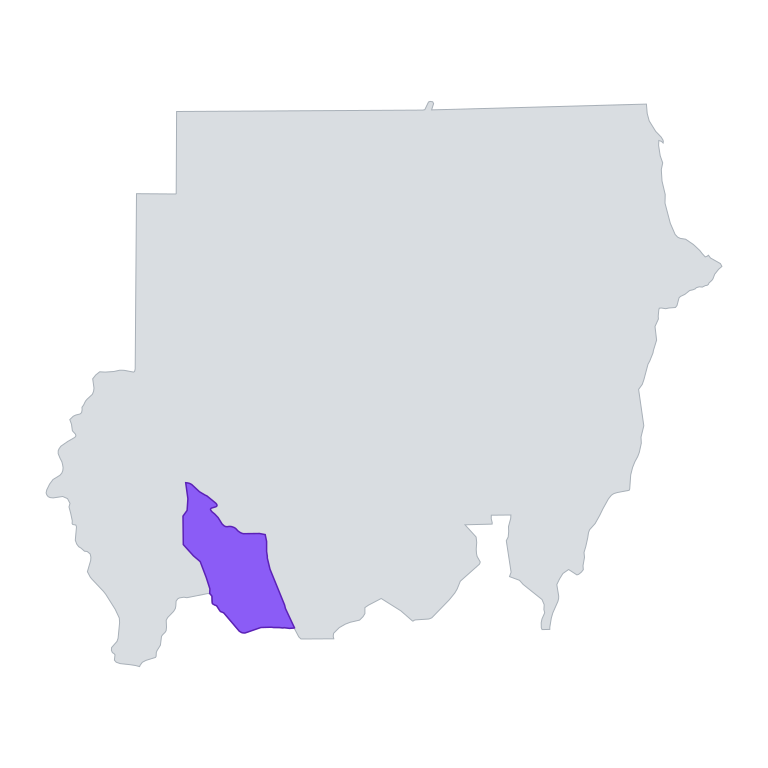 location of Eastern Darfur within Sudan
{"feature_id": "SDN-5857", "entity_name": "Eastern Darfur", "entity_type": "State", "adm_level": 1, "iso_a3": "SDN", "parent_name": "Sudan", "parent_adm1": "", "projection": "albers", "projection_center": [26.343, 11.27], "detail": "fine", "context": "in_parent", "style": "filled", "palette": "violet", "viewbox_px": 768, "rotation_deg": 0, "n_neighbors": 0, "source": "natural_earth", "source_scale": "10m", "svg_char_len": 4871}
<svg xmlns="http://www.w3.org/2000/svg" viewBox="0 0 768 768"><path d="M549.8,629.4L542.1,629.6L541.3,627.8L541.2,622.7L542.0,618.9L544.7,612.8L543.9,609.5L544.2,604.7L542.0,599.5L523.2,584.5L519.5,580.3L509.5,576.6L511.1,572.2L506.3,540.7L508.2,537.0L508.7,531.5L508.5,526.6L510.7,518.4L510.9,515.0L491.3,515.2L491.2,518.7L492.2,522.6L492.1,524.1L465.0,524.8L476.1,537.0L476.7,542.4L476.2,549.2L476.5,553.6L477.1,556.4L480.2,561.9L480.0,562.9L479.4,564.2L460.3,581.2L457.2,588.9L454.8,593.0L449.2,599.9L431.8,617.8L428.9,619.0L415.4,619.9L414.1,620.3L413.1,621.1L412.5,621.0L400.8,610.8L381.2,598.5L368.4,605.2L364.9,607.6L364.9,613.6L363.0,616.7L359.6,620.1L350.1,622.3L345.2,624.2L339.3,627.6L333.6,633.3L333.2,636.2L333.8,638.8L301.0,639.0L298.8,636.9L293.9,627.6L290.6,628.2L260.7,627.2L256.4,628.2L247.8,632.0L243.5,632.7L239.1,630.9L223.3,612.5L219.9,610.3L216.4,605.9L213.0,604.0L211.9,602.6L211.5,600.6L211.6,596.6L210.5,594.1L208.0,593.5L186.9,597.7L183.9,597.2L179.5,597.9L177.9,598.7L176.1,601.1L175.8,606.1L175.3,608.6L173.6,611.4L167.6,617.6L166.2,620.3L166.5,627.2L166.1,630.7L165.1,632.3L162.5,634.9L161.5,636.4L160.4,645.2L157.1,650.5L156.3,652.4L156.1,656.3L155.5,657.4L145.9,660.4L142.3,662.3L140.1,665.3L139.6,666.6L135.5,665.5L130.2,664.7L120.2,663.6L116.2,662.2L114.4,660.1L115.0,654.8L114.0,653.6L112.4,652.6L111.4,650.3L111.6,647.5L117.0,641.4L118.1,638.2L119.6,622.7L119.3,618.0L115.2,609.3L105.7,594.2L103.4,591.3L91.6,578.8L90.2,577.0L87.4,571.7L90.7,560.4L90.9,557.2L90.2,554.0L87.2,551.5L84.5,551.2L81.0,548.1L78.7,546.7L76.7,544.0L75.3,540.2L76.5,526.8L75.8,525.0L72.8,524.5L72.1,523.5L72.3,520.9L70.7,513.3L69.0,506.9L70.0,503.4L67.5,498.6L62.7,496.5L53.2,497.9L50.2,497.6L48.2,496.7L46.8,494.9L46.1,492.9L46.8,489.8L49.6,484.1L53.0,479.5L59.9,475.3L61.8,473.1L62.8,470.6L63.1,467.7L62.6,464.6L61.9,461.8L60.0,458.1L58.2,453.7L58.2,450.8L59.1,448.7L60.9,446.2L67.8,441.4L74.8,437.4L75.9,435.9L75.5,434.2L72.4,430.8L71.5,424.2L69.8,419.6L73.3,416.2L75.9,415.0L80.0,414.0L81.6,412.6L82.1,409.8L82.0,407.2L83.5,405.2L85.5,401.1L87.1,399.2L92.4,394.3L93.6,391.2L94.0,388.1L92.7,378.8L95.7,375.0L99.7,371.8L105.2,372.1L113.9,371.5L119.8,370.2L124.0,370.3L133.6,372.1L134.6,371.4L135.2,368.9L136.5,193.7L175.7,194.0L176.2,193.7L176.6,111.5L422.7,110.1L424.8,109.7L428.5,102.0L430.1,101.4L432.7,101.8L433.6,103.6L431.6,109.9L646.4,104.1L647.2,113.5L649.2,120.9L655.7,131.4L661.1,137.0L663.0,140.1L663.3,141.6L663.1,143.0L661.5,141.4L658.8,140.5L658.6,145.5L660.2,155.8L662.7,162.9L661.3,169.6L662.0,181.0L665.2,194.5L665.0,203.2L670.3,223.3L675.1,234.4L677.6,237.1L680.3,238.4L685.6,239.2L693.5,244.6L699.8,250.5L702.1,253.5L705.2,256.9L707.2,256.2L708.4,255.2L710.5,258.0L720.4,263.6L721.9,266.4L718.6,269.3L714.7,274.2L713.0,278.7L712.0,280.2L708.9,283.1L708.4,284.4L707.0,285.4L705.5,285.5L702.3,287.1L699.3,286.8L696.3,287.7L695.3,288.8L692.9,289.8L689.7,290.5L684.8,294.4L680.5,296.4L679.0,297.9L677.0,305.5L675.4,307.5L668.9,308.0L665.7,308.7L661.4,308.0L659.3,308.2L658.8,309.8L658.2,316.3L658.4,319.0L655.0,326.5L656.6,340.1L653.4,350.5L653.0,352.9L649.7,361.1L648.0,364.2L643.9,379.6L642.3,384.3L638.6,389.4L643.8,425.8L641.0,437.1L641.3,443.2L639.3,452.3L637.7,456.6L634.9,461.7L632.6,467.4L630.7,474.9L629.7,489.0L629.1,490.3L617.4,492.5L613.8,493.6L611.4,495.2L608.4,498.9L602.8,509.0L599.8,515.2L595.1,523.6L589.6,529.7L588.5,532.6L587.7,537.9L585.8,546.4L584.0,552.5L584.5,557.3L583.0,565.7L583.3,569.7L581.4,572.1L578.7,574.3L576.9,574.9L568.6,569.5L562.9,573.5L559.5,579.0L556.8,584.6L558.7,596.1L558.6,598.6L557.9,601.4L552.8,612.9L551.3,618.1L549.8,627.2L549.8,629.4Z" fill="#d9dde1" stroke="#a8b0b8" stroke-width="1"/><path d="M244.5,633.0L242.2,632.8L241.1,632.3L239.3,631.2L231.5,622.0L223.7,612.8L220.6,611.6L220.0,611.0L219.5,610.3L217.0,606.3L216.8,605.9L216.6,605.8L216.4,605.6L215.1,605.2L214.5,604.9L213.0,604.1L212.7,603.8L212.5,603.5L212.3,603.3L212.3,603.1L212.0,596.6L212.0,596.4L211.9,596.2L211.7,595.8L209.9,593.6L209.7,593.5L209.9,588.9L206.2,577.4L200.2,561.6L193.4,555.8L183.3,544.6L183.0,516.1L187.1,510.4L187.9,498.8L185.7,482.7L187.5,482.9L189.3,483.3L190.6,483.9L191.8,484.6L199.4,491.7L204.9,495.0L206.9,495.9L215.8,503.2L216.5,504.0L216.9,504.8L217.0,505.6L216.6,506.3L215.8,506.8L212.1,507.9L211.3,508.2L210.9,508.5L210.6,508.9L210.5,509.6L210.9,510.4L212.1,511.9L214.7,514.0L218.1,517.6L222.1,524.0L224.2,525.9L225.7,526.6L227.2,526.7L228.5,526.5L229.9,526.4L231.6,526.6L233.9,527.4L235.3,528.2L236.1,528.9L237.9,530.9L240.0,532.4L241.9,533.3L243.4,533.7L259.5,533.5L265.2,534.6L266.6,541.4L266.6,551.5L267.3,556.2L267.3,558.0L270.0,569.2L284.6,605.0L285.4,608.4L291.6,621.7L294.5,627.8L294.1,628.0L293.4,628.1L289.4,628.4L284.1,627.6L283.8,627.7L283.0,627.9L282.7,627.9L279.4,627.5L273.5,627.5L271.6,627.2L260.9,627.5L245.0,633.0L244.5,633.0Z" fill="#8b5cf6" stroke="#5b21b6" stroke-width="1.5"/></svg>